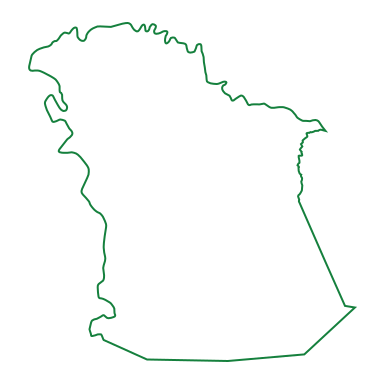 Cucuyagua, Copán, Honduras
{"feature_id": "27666195B10036969380413", "entity_name": "Cucuyagua", "entity_type": "district", "adm_level": 2, "iso_a3": "HND", "parent_name": "Honduras", "parent_adm1": "Copán", "projection": "natural_earth1", "projection_center": [-88.859, 14.693], "detail": "fine", "context": "isolated", "style": "outline", "palette": "green", "viewbox_px": 384, "rotation_deg": 0, "n_neighbors": 0, "source": "geoboundaries", "source_scale": "gbopen_adm2", "svg_char_len": 5713}
<svg xmlns="http://www.w3.org/2000/svg" viewBox="0 0 384 384"><path d="M73.9,28.0L72.9,28.8L71.5,30.4L70.0,32.6L69.1,33.4L68.5,33.5L67.0,33.0L64.9,32.6L64.1,32.8L63.0,33.5L60.8,35.5L58.7,38.7L57.2,40.4L56.3,41.0L54.6,41.1L53.2,41.9L52.4,42.6L51.3,44.5L49.6,45.8L48.1,46.5L43.8,47.4L39.7,48.8L37.2,50.0L34.5,52.1L32.6,54.1L32.0,54.9L31.6,55.7L29.2,66.2L29.1,67.9L29.3,68.9L29.6,69.5L30.0,70.0L30.7,70.5L32.6,70.8L35.1,70.5L37.1,70.5L38.2,70.6L39.7,70.9L41.5,71.6L43.9,72.7L50.9,76.4L53.7,78.1L55.6,79.5L57.1,81.4L58.7,83.9L59.4,85.5L59.6,86.5L59.6,90.0L59.8,91.8L60.1,92.3L61.2,93.0L62.1,94.8L62.2,98.5L62.5,100.5L63.5,102.1L65.8,104.4L66.6,105.5L66.9,106.3L67.1,107.1L67.0,108.1L66.8,109.0L66.4,109.8L65.9,110.4L65.3,110.7L63.7,111.0L62.6,110.7L61.0,109.6L59.5,107.8L57.7,104.8L54.9,99.8L53.2,96.3L52.7,95.6L51.9,95.2L51.0,95.1L50.2,95.3L49.4,95.8L48.4,96.7L47.1,98.4L45.7,100.6L45.1,101.9L44.9,103.1L45.1,104.3L45.5,106.0L46.9,110.1L50.2,116.7L51.8,120.4L52.4,121.5L53.2,121.9L54.3,121.8L56.5,121.1L59.4,119.7L60.3,119.5L62.6,119.9L64.8,120.7L65.4,121.3L66.7,123.9L69.2,128.4L69.9,129.2L71.4,130.8L72.2,132.3L72.4,133.2L72.3,133.9L72.1,134.7L71.5,135.5L69.9,137.3L67.7,138.9L67.0,139.6L59.5,149.2L58.9,150.3L58.8,150.9L58.8,151.4L59.1,151.8L59.7,152.2L61.9,152.7L63.9,152.8L67.4,152.8L71.8,152.3L74.1,152.8L76.1,153.5L77.9,154.7L80.4,157.1L84.2,161.8L87.0,165.5L88.2,167.6L88.7,169.2L88.8,171.7L88.5,174.6L87.2,177.9L82.1,188.9L81.5,191.1L81.7,192.7L82.2,193.6L83.1,194.8L86.0,197.9L88.7,201.1L89.3,202.0L89.9,203.8L90.5,205.0L91.7,206.7L93.1,208.4L94.5,209.9L96.2,211.3L97.4,212.1L99.8,213.2L100.8,214.1L101.8,215.2L102.9,216.7L104.0,219.0L105.0,221.2L106.0,224.0L106.2,225.4L106.1,227.1L104.7,236.1L103.9,242.8L103.7,246.3L103.7,247.8L104.2,252.5L105.1,256.7L105.3,258.5L105.0,261.0L103.7,265.3L103.2,268.0L104.1,275.3L104.0,277.9L103.6,279.6L103.0,280.7L98.7,284.0L98.0,285.1L97.8,285.8L97.7,287.3L98.0,292.5L98.5,296.5L98.8,297.4L99.1,297.8L99.8,298.2L101.4,298.4L103.2,298.9L105.4,299.9L109.8,302.5L110.9,303.4L112.0,304.8L113.5,306.9L114.3,308.6L114.5,313.0L114.7,313.7L115.1,314.7L115.2,315.5L115.0,316.0L114.8,316.4L113.7,317.0L111.2,317.8L108.7,318.2L107.9,318.1L106.9,317.8L104.0,315.3L103.3,315.2L102.7,315.4L100.6,316.8L96.8,318.8L94.2,319.4L92.2,320.5L91.7,321.1L91.1,322.5L89.5,329.2L89.9,330.8L90.9,333.9L91.1,335.3L91.4,335.9L91.8,336.0L92.4,336.0L95.3,335.3L97.7,334.4L99.9,334.3L101.0,334.4L101.3,334.7L101.8,335.5L103.3,339.3L103.7,340.0L147.0,359.5L227.8,361.0L304.3,354.4L354.9,307.5L345.0,305.9L325.7,262.5L299.6,202.9L299.0,201.7L298.9,201.0L299.2,199.7L298.2,196.8L298.1,196.2L298.5,195.2L299.6,194.3L300.6,192.8L301.7,190.8L301.9,190.1L302.3,185.4L301.6,183.3L301.3,181.6L301.9,180.1L302.1,178.7L302.0,177.9L301.3,176.8L301.0,176.0L300.9,175.2L301.2,174.7L300.4,174.2L299.6,173.4L298.7,170.9L298.5,167.6L298.9,167.3L298.9,166.9L298.4,166.1L297.7,165.6L297.5,165.3L298.2,163.9L298.6,163.4L299.3,163.0L299.5,162.4L299.4,160.5L298.7,157.3L298.7,155.9L299.0,155.7L301.5,155.7L302.0,155.5L302.2,155.2L302.0,153.9L301.4,152.7L301.5,152.4L301.7,151.9L300.2,150.1L299.9,149.6L300.4,148.7L302.3,146.5L301.0,144.1L302.8,142.4L302.8,141.6L302.6,140.7L302.8,140.3L305.2,138.2L306.6,137.3L307.3,136.6L307.3,136.3L307.2,135.5L306.6,133.8L306.6,133.4L306.9,133.1L308.2,132.8L309.5,132.8L310.2,132.2L310.5,132.1L311.4,132.3L312.0,132.2L313.6,131.7L315.1,130.9L318.3,130.8L319.3,130.0L320.5,129.7L321.4,129.8L323.6,130.4L325.5,130.9L322.2,126.7L319.2,122.2L318.4,121.2L317.1,120.4L315.5,120.0L312.8,120.3L310.0,121.2L306.5,120.9L303.7,120.9L302.4,120.7L299.6,119.2L297.5,117.8L296.8,117.0L295.4,114.8L294.0,113.2L292.5,111.4L291.2,110.3L290.2,109.6L287.7,108.5L284.0,107.3L282.6,107.1L280.4,107.1L278.4,107.2L274.1,107.8L271.5,107.8L270.4,107.5L269.2,106.9L265.7,104.5L264.6,103.8L264.0,103.6L259.6,104.4L254.1,104.3L251.5,104.5L249.7,105.1L248.9,105.0L248.4,104.7L247.9,104.2L246.1,100.7L243.8,97.0L242.8,96.1L241.8,95.6L240.8,95.6L239.3,96.4L235.8,98.7L233.6,100.4L232.8,100.6L232.1,100.5L231.5,99.8L230.8,98.0L229.5,95.7L225.0,93.3L223.2,91.2L222.3,89.5L222.1,87.9L222.5,86.5L223.3,85.4L224.8,84.8L225.6,84.1L226.4,82.7L226.3,82.3L226.0,81.9L224.9,81.6L223.2,81.8L219.1,83.5L217.7,83.9L216.5,84.0L213.6,83.8L210.5,83.3L208.1,82.3L207.4,81.8L207.0,81.4L206.8,80.7L206.6,79.4L206.3,75.3L205.4,72.2L204.8,67.4L203.9,62.1L203.6,57.1L202.7,53.8L201.6,51.2L201.4,46.8L201.2,45.3L200.7,44.4L200.0,44.1L199.0,44.1L198.1,44.4L197.1,45.0L196.6,45.9L196.0,48.1L195.1,50.2L194.7,51.1L194.4,51.6L192.4,52.3L190.2,52.6L188.7,52.2L188.2,51.9L187.8,51.4L187.5,50.6L186.8,48.2L186.3,45.3L185.7,44.3L184.8,43.7L183.3,43.3L179.3,42.8L177.8,42.4L175.0,38.1L174.4,37.7L173.5,37.5L172.5,37.5L170.9,38.0L170.4,38.7L169.5,40.7L168.4,42.2L167.2,43.1L166.5,43.4L166.0,43.3L165.5,42.8L165.2,41.9L165.0,40.4L165.1,38.9L165.7,36.0L166.8,34.3L167.2,33.2L167.4,32.3L167.2,31.6L166.2,31.1L164.4,31.1L163.0,31.5L160.5,32.8L158.5,33.5L156.2,33.8L155.1,33.5L154.6,33.1L154.3,32.6L154.1,31.2L154.4,30.1L155.4,28.4L155.8,27.1L155.9,26.2L155.7,25.7L155.4,25.3L153.9,24.4L152.5,24.2L151.9,24.5L151.3,25.0L149.8,27.0L149.3,29.0L148.8,30.1L147.9,31.1L147.0,31.4L146.1,31.2L145.5,30.6L145.4,29.9L145.2,27.9L144.9,26.1L144.5,25.1L144.0,24.7L143.3,24.7L142.5,25.1L141.5,26.3L140.0,28.9L138.9,30.4L138.0,31.2L136.9,31.4L135.7,30.9L134.0,29.6L132.6,27.7L131.1,25.0L130.4,24.2L129.2,23.4L127.8,23.0L125.7,23.1L122.4,23.7L110.9,26.9L100.3,26.4L97.4,26.5L94.9,27.5L92.7,28.5L90.7,29.8L89.2,31.2L88.0,32.5L86.8,34.5L86.4,35.5L86.1,37.7L85.4,39.2L84.3,40.5L83.7,40.8L82.9,40.9L81.5,40.7L80.0,39.9L78.8,38.7L77.7,37.2L77.4,35.9L77.3,32.4L77.0,29.5L76.6,28.0L76.2,27.7L75.4,27.5L74.8,27.6L73.9,28.0Z" fill="none" stroke="#15803d" stroke-width="2"/></svg>